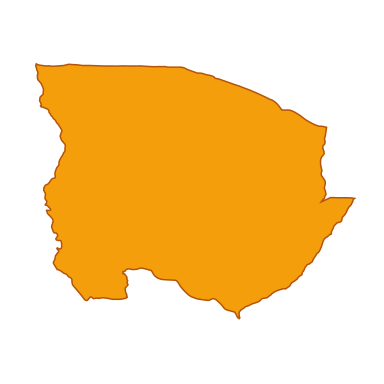 the district of Dekese, Kasaï-Occidental, Democratic Republic of the Congo, rotated 93°
{"feature_id": "63176286B23528212594514", "entity_name": "Dekese", "entity_type": "district", "adm_level": 2, "iso_a3": "COD", "parent_name": "Democratic Republic of the Congo", "parent_adm1": "Kasaï-Occidental", "projection": "robinson", "projection_center": [21.532, -3.234], "detail": "fine", "context": "isolated", "style": "filled", "palette": "amber", "viewbox_px": 384, "rotation_deg": 93, "n_neighbors": 0, "source": "geoboundaries", "source_scale": "gbopen_adm2", "svg_char_len": 5807}
<svg xmlns="http://www.w3.org/2000/svg" viewBox="0 0 384 384"><g transform="rotate(93 192 192)"><path d="M255.3,68.2L252.5,67.2L249.7,65.5L246.8,63.9L245.7,62.5L243.6,61.3L243.0,61.1L239.9,59.9L234.4,58.5L232.0,57.4L230.8,56.3L229.5,54.3L227.7,52.7L226.7,50.7L224.7,50.7L223.2,50.2L220.7,49.0L218.7,48.6L215.2,45.5L214.2,42.3L213.5,41.5L212.6,41.0L209.6,40.6L206.1,37.8L203.2,36.4L201.7,36.0L199.4,34.8L198.6,34.4L197.0,32.8L193.7,31.2L190.9,30.5L189.9,29.3L189.6,32.2L189.6,34.7L189.7,37.6L189.8,40.3L190.0,42.9L190.1,45.4L190.2,49.3L190.2,51.3L190.3,52.6L190.3,53.3L195.1,62.4L192.7,60.9L192.1,60.2L191.6,59.6L188.9,58.9L188.0,58.2L187.0,58.1L183.9,58.9L181.2,60.1L176.4,59.3L174.7,59.5L173.4,60.0L168.9,63.5L167.6,63.9L165.2,63.8L164.2,63.3L157.6,65.1L155.1,65.2L153.4,65.3L151.0,64.7L149.8,64.1L147.7,62.4L146.8,62.1L145.2,62.2L140.8,63.8L139.3,63.6L138.4,63.1L136.9,61.9L134.7,61.7L132.2,62.5L128.7,61.8L120.3,61.0L119.6,65.5L119.6,68.9L118.4,73.0L116.6,77.1L114.3,81.6L111.5,85.9L109.6,88.6L106.7,94.0L105.7,96.7L105.2,98.4L105.1,99.9L105.2,101.8L105.4,104.5L105.3,106.6L103.7,108.0L101.3,110.0L99.5,111.7L97.8,113.8L96.2,116.3L95.2,119.5L93.1,124.3L91.4,128.5L89.7,132.9L88.0,137.5L86.7,141.2L85.2,146.1L83.7,150.5L82.4,155.5L81.1,159.7L79.7,164.5L78.8,167.6L78.1,169.7L77.7,171.7L77.2,174.9L75.8,176.2L75.3,177.4L74.5,180.6L74.2,183.4L73.1,187.7L72.8,190.6L72.9,191.7L73.2,191.9L73.1,192.4L70.1,202.5L68.4,206.5L68.0,208.4L68.0,211.6L68.2,215.3L68.4,219.6L68.6,222.7L68.1,225.9L68.4,228.5L68.4,230.6L68.6,232.9L68.9,236.6L68.9,240.5L68.9,244.7L68.8,249.6L69.2,255.8L69.5,261.6L69.7,268.0L70.2,273.8L70.4,278.8L70.8,286.4L70.9,293.0L71.0,300.5L71.4,307.8L71.0,313.5L71.0,317.6L70.9,321.8L72.4,326.8L73.1,332.1L73.7,337.1L73.7,339.5L73.5,340.9L73.8,345.1L73.5,348.0L73.4,349.9L72.9,352.9L72.1,354.2L74.0,354.7L77.5,353.5L78.3,353.3L78.7,353.1L79.6,352.5L82.5,352.1L83.3,352.5L84.1,352.6L85.1,352.2L86.2,352.4L88.1,351.7L91.2,348.6L95.2,346.4L96.7,345.9L97.0,345.8L97.4,345.7L102.3,345.9L104.5,348.1L105.4,348.7L108.8,349.0L112.2,347.1L112.6,347.2L113.1,347.2L113.7,347.8L114.1,347.7L114.7,347.3L114.8,347.2L115.2,345.1L116.5,341.4L117.1,340.1L118.2,339.3L118.8,339.1L120.2,338.8L121.4,337.6L122.6,337.1L124.6,335.1L125.7,334.5L127.6,332.1L129.8,330.9L131.6,329.0L134.7,326.8L137.0,325.3L137.6,325.1L138.8,325.3L139.8,325.9L141.1,325.9L141.5,326.2L141.9,326.4L143.1,326.6L144.3,326.2L147.1,325.0L150.9,321.4L151.4,321.2L152.0,321.0L153.4,321.0L155.4,321.1L157.7,321.0L158.2,321.3L159.9,322.4L162.0,323.1L165.1,325.0L165.7,325.1L166.5,325.6L166.9,325.8L169.3,326.4L171.0,326.3L172.3,326.5L174.9,328.4L177.1,329.1L179.5,329.8L181.2,329.8L184.7,329.2L185.2,329.8L185.8,331.9L186.7,333.0L190.5,335.4L191.8,336.6L192.3,337.6L192.7,338.5L193.5,339.2L195.8,340.2L198.2,340.1L200.8,338.5L202.3,338.2L205.0,338.5L206.3,338.4L207.5,337.7L208.3,336.7L209.0,336.6L210.4,336.6L210.9,336.8L211.2,337.0L211.5,337.3L212.1,337.9L212.7,337.8L212.8,336.6L213.2,335.7L216.4,332.4L217.4,332.4L217.8,333.0L217.9,334.2L217.8,336.1L218.3,336.4L219.0,335.7L220.4,335.5L221.6,334.6L223.3,332.7L224.8,331.1L225.9,330.1L226.9,329.5L228.2,329.2L229.3,329.2L230.2,329.7L231.4,329.6L232.4,330.2L233.9,330.4L235.0,330.1L235.7,329.8L239.0,328.4L240.1,327.4L240.0,326.3L240.2,325.2L241.0,324.6L241.7,324.1L243.2,323.9L245.2,325.3L246.1,325.5L246.8,325.1L247.1,324.6L247.4,322.6L247.3,321.2L247.5,320.5L248.7,319.9L250.6,319.5L253.2,319.3L254.3,319.4L255.0,319.7L255.3,319.8L255.4,320.0L255.9,320.9L255.1,323.0L254.9,323.5L255.2,323.9L255.8,323.9L257.8,322.1L258.3,322.1L259.1,322.1L259.3,322.3L259.8,323.0L260.2,323.5L261.6,323.8L262.4,324.9L265.9,325.4L267.7,325.9L269.0,326.7L270.6,326.6L276.6,322.5L276.6,321.5L277.9,318.4L279.6,316.2L280.9,312.7L283.0,311.0L283.5,309.7L284.7,307.9L286.1,307.2L287.4,307.3L288.9,307.0L290.6,306.5L292.2,305.4L293.8,303.8L297.3,300.5L298.6,299.3L300.1,297.9L301.9,296.3L303.4,295.1L304.7,294.0L305.3,293.3L305.8,292.3L305.8,291.0L305.1,290.3L304.0,289.5L303.1,288.9L302.1,287.9L302.2,286.7L303.7,284.9L302.9,281.6L303.1,279.5L302.3,275.8L302.5,271.5L303.3,266.0L303.2,263.0L303.0,259.0L302.8,257.3L301.6,252.6L300.9,251.6L300.6,251.2L299.9,251.4L299.4,252.0L298.3,251.6L295.0,253.3L291.2,253.6L290.8,253.1L288.0,251.0L286.0,252.2L283.8,251.6L282.2,252.6L281.0,252.4L280.4,252.7L279.9,253.0L277.4,255.0L277.1,256.8L275.9,256.6L275.1,256.7L274.9,255.0L273.8,254.3L273.0,253.8L272.8,253.3L272.6,252.9L272.2,252.0L272.1,251.3L272.0,250.9L272.1,250.5L272.2,249.6L272.3,249.2L272.4,248.7L272.5,248.3L272.5,246.2L272.4,245.7L272.4,245.2L272.2,244.2L272.1,243.7L272.1,243.3L272.0,242.8L271.8,242.3L270.8,240.0L270.6,239.6L270.7,238.7L270.7,238.2L270.7,237.3L270.8,236.8L270.9,236.3L271.0,235.8L271.2,234.8L271.3,234.3L271.5,233.3L271.6,232.8L271.9,231.7L272.0,231.2L272.1,230.7L272.2,230.2L272.4,228.6L276.9,225.6L278.0,224.4L279.1,222.8L279.9,221.4L280.9,217.8L281.0,214.6L281.0,212.2L281.0,209.8L281.0,204.0L281.3,203.0L282.6,201.6L284.1,200.5L285.9,199.3L287.1,198.4L290.3,195.4L293.0,192.4L295.0,190.0L296.4,187.7L297.5,184.5L298.4,181.4L299.0,176.2L299.3,172.3L299.4,170.0L299.0,168.6L298.2,167.3L297.3,165.4L297.6,164.1L298.4,162.1L301.5,158.4L303.0,156.8L304.8,155.1L306.4,153.8L307.1,152.9L308.0,151.0L309.0,146.2L309.7,143.2L310.9,142.2L312.4,141.3L314.2,140.3L315.0,139.9L315.6,138.6L316.0,138.3L315.1,137.6L314.4,138.0L313.7,138.3L309.8,138.7L307.5,137.2L305.1,134.0L303.8,132.6L303.5,132.0L302.4,129.2L300.8,126.6L298.6,120.9L297.5,119.0L294.8,116.4L294.4,115.3L293.8,111.9L293.3,111.0L291.5,109.1L290.3,107.5L289.4,107.0L286.7,103.2L285.0,99.2L283.7,95.4L283.9,93.5L280.7,89.5L278.1,88.1L277.6,87.8L275.9,85.4L273.6,82.6L271.8,81.5L270.1,79.8L269.0,78.0L266.6,77.6L265.9,77.2L265.0,76.4L261.5,75.2L258.5,73.1L257.5,70.8L255.3,68.2Z" fill="#f59e0b" stroke="#b45309" stroke-width="1.5"/></g></svg>